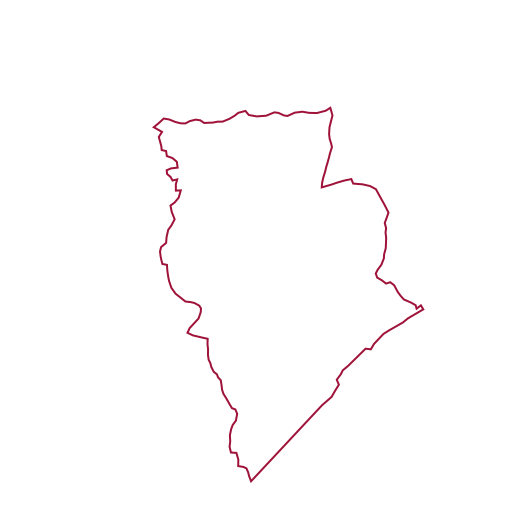 Arapongas, Paraná, Brazil (Equal Earth projection), rotated 48°
{"feature_id": "56859067B84180085420981", "entity_name": "Arapongas", "entity_type": "district", "adm_level": 2, "iso_a3": "BRA", "parent_name": "Brazil", "parent_adm1": "Paraná", "projection": "equal_earth", "projection_center": [-51.445, -23.445], "detail": "fine", "context": "isolated", "style": "outline", "palette": "rose", "viewbox_px": 512, "rotation_deg": 48, "n_neighbors": 0, "source": "geoboundaries", "source_scale": "gbopen_adm2", "svg_char_len": 2380}
<svg xmlns="http://www.w3.org/2000/svg" viewBox="0 0 512 512"><g transform="rotate(48 256 256)"><path d="M92.1,232.6L92.2,239.0L91.9,245.8L100.9,242.8L102.5,248.6L106.5,250.6L110.9,252.8L114.2,255.2L117.8,252.6L122.1,255.4L127.2,252.6L133.0,251.8L137.9,255.1L134.0,260.6L132.5,265.0L135.6,267.2L140.0,266.6L144.1,267.5L146.3,263.3L149.1,267.6L153.8,271.8L156.9,268.0L160.9,274.4L161.8,280.7L161.3,285.8L166.8,289.1L174.3,291.9L176.7,298.5L177.8,303.7L182.1,309.8L186.1,314.0L185.9,320.6L188.4,324.3L192.1,326.9L195.6,329.0L199.3,330.9L203.0,328.1L207.7,331.8L213.3,335.5L216.6,337.4L223.1,340.2L230.2,341.0L242.6,338.9L246.7,335.3L249.7,333.2L254.9,331.4L258.2,332.0L260.7,334.6L264.0,340.5L265.2,353.6L267.2,358.3L272.8,356.0L280.3,350.8L285.2,347.3L289.0,351.0L293.3,354.1L297.4,357.9L301.4,360.6L305.1,361.6L308.4,363.4L313.9,364.9L317.7,364.2L320.8,365.4L324.7,365.3L329.2,368.2L332.7,370.7L336.6,372.4L341.7,373.3L348.5,374.8L353.0,375.7L356.2,374.0L360.7,375.6L364.9,381.1L366.0,386.4L368.1,390.4L371.7,395.3L376.4,399.1L380.1,403.3L385.3,406.1L389.2,402.3L395.5,405.4L400.2,409.8L404.3,406.5L407.4,405.2L411.6,406.6L414.7,408.3L420.1,410.4L412.9,327.8L411.1,306.7L411.3,294.1L409.1,287.5L407.1,280.5L402.0,278.8L400.6,272.0L399.0,268.0L399.3,261.5L398.2,236.6L402.2,233.1L400.3,227.1L399.2,213.4L400.3,206.9L403.7,191.3L404.0,185.0L404.8,180.8L407.6,167.4L403.0,166.5L402.6,171.9L399.4,170.3L394.5,171.9L387.2,175.2L382.5,175.2L377.5,174.7L370.2,172.9L365.3,173.8L363.5,177.8L358.3,178.7L353.1,180.4L349.1,178.7L347.6,174.7L346.4,168.7L343.3,162.5L340.5,159.7L337.0,154.3L329.6,147.1L325.2,144.0L322.4,140.7L317.6,138.2L314.6,132.5L312.4,128.5L303.9,126.2L300.7,125.5L286.6,122.2L280.4,124.4L274.1,128.8L269.9,132.8L267.2,135.3L262.6,133.7L258.9,140.1L255.9,146.3L253.3,152.4L251.4,156.3L249.0,161.2L245.6,157.6L242.8,153.6L239.4,147.9L237.0,144.5L234.6,140.5L231.6,135.8L229.3,132.5L225.9,126.7L222.9,125.0L218.3,122.9L214.3,120.1L209.4,115.1L202.7,105.1L195.6,101.6L194.7,107.0L190.5,115.1L185.1,120.8L179.8,125.0L175.4,131.3L173.0,138.9L170.2,141.2L164.6,143.6L161.5,146.3L158.6,154.5L152.8,162.0L146.4,167.0L141.1,166.8L137.7,173.5L137.5,177.8L136.3,183.9L133.8,190.9L130.5,194.6L128.0,198.8L125.2,202.1L122.5,205.5L117.9,206.6L114.3,209.6L111.5,214.8L110.2,219.8L107.1,223.1L102.7,226.1L96.4,229.2L92.1,232.6Z" fill="none" stroke="#9f1239" stroke-width="2"/></g></svg>